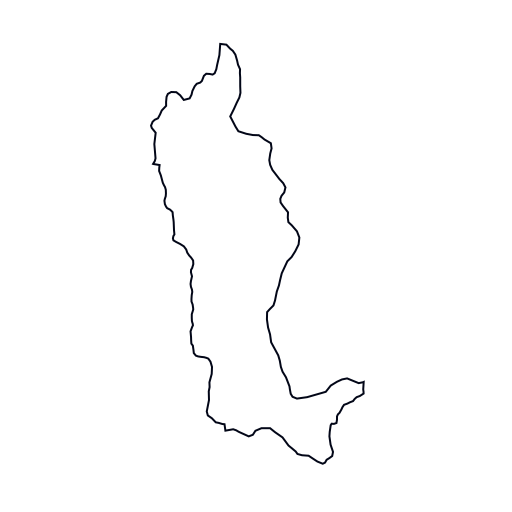 the district of Sipitang, Sabah, Malaysia, rotated 172°
{"feature_id": "92858781B73026696392194", "entity_name": "Sipitang", "entity_type": "district", "adm_level": 2, "iso_a3": "MYS", "parent_name": "Malaysia", "parent_adm1": "Sabah", "projection": "orthographic", "projection_center": [115.715, 4.645], "detail": "fine", "context": "isolated", "style": "outline", "palette": "ink", "viewbox_px": 512, "rotation_deg": 172, "n_neighbors": 0, "source": "geoboundaries", "source_scale": "gbopen_adm2", "svg_char_len": 3141}
<svg xmlns="http://www.w3.org/2000/svg" viewBox="0 0 512 512"><g transform="rotate(172 256 256)"><path d="M255.9,469.4L261.9,471.0L264.3,460.0L267.9,450.6L269.3,446.5L271.5,442.7L273.7,441.7L276.5,442.7L279.9,443.4L282.5,441.7L285.2,436.9L287.1,435.5L290.7,434.8L293.1,432.6L296.0,428.3L297.4,424.7L299.8,421.3L305.8,420.6L308.7,425.7L312.1,429.3L317.1,430.2L320.7,428.8L322.4,426.1L323.6,421.1L324.1,417.2L329.1,413.2L331.3,409.6L333.9,406.0L337.3,405.0L339.7,403.3L341.8,399.7L341.4,397.3L338.2,392.0L341.1,381.0L341.9,366.7L343.0,364.1L345.1,361.5L344.9,361.4L338.8,359.5L339.5,356.9L340.1,353.7L339.0,349.0L338.1,341.5L337.3,338.9L336.5,336.9L336.1,334.1L336.5,330.3L337.1,327.7L338.4,325.1L339.0,323.4L339.0,320.0L338.2,317.4L337.3,315.7L334.8,314.0L333.6,312.6L332.5,311.0L332.7,307.9L332.7,303.6L332.8,301.0L333.6,293.0L333.8,288.7L335.0,287.3L335.8,285.1L335.6,283.0L333.1,281.0L329.5,278.5L326.1,275.6L324.2,272.1L323.6,268.9L322.1,265.8L320.5,263.5L318.9,260.3L319.2,256.7L320.9,252.9L322.2,251.4L322.7,248.9L322.2,244.8L323.9,240.3L324.7,237.4L324.7,234.5L324.1,231.7L324.1,229.3L325.1,226.2L325.9,222.3L326.2,219.9L325.5,216.7L325.5,213.3L325.6,211.8L326.6,209.6L327.7,207.3L328.2,203.8L328.5,200.7L328.4,199.4L328.1,197.7L328.1,196.1L329.1,194.6L331.3,190.5L331.6,184.8L332.0,181.0L332.2,178.2L331.0,176.0L331.0,171.5L331.1,168.5L329.4,165.7L327.3,164.6L324.3,163.7L321.5,163.0L319.2,162.0L317.5,161.0L315.8,157.7L315.0,152.3L315.7,148.4L316.3,145.3L319.7,137.4L320.2,132.6L321.6,128.6L322.6,119.9L326.4,108.9L325.9,104.8L322.3,101.5L319.0,96.9L316.1,95.9L312.7,94.3L310.6,93.8L310.6,90.0L310.6,87.3L302.7,87.6L299.8,86.1L298.2,84.8L297.4,84.2L288.3,78.4L284.0,79.4L280.9,83.0L274.6,84.7L266.0,83.5L261.7,78.9L255.0,72.7L250.2,63.8L243.9,56.9L242.5,54.2L238.2,52.3L231.7,50.9L227.9,47.5L223.8,43.9L218.8,41.0L216.4,41.8L214.4,44.4L211.6,45.6L208.4,47.3L207.0,51.3L208.4,58.8L208.4,62.9L208.4,67.2L207.5,71.5L206.3,75.6L205.6,78.0L204.4,79.4L202.2,78.9L199.6,79.4L198.6,82.5L198.1,85.9L196.9,87.8L195.2,89.0L192.8,92.1L191.4,94.3L189.5,96.4L186.1,97.1L183.2,98.1L180.1,98.8L178.2,100.7L176.0,102.2L172.7,102.9L168.6,104.8L168.4,106.7L168.4,108.9L166.9,116.3L167.6,116.1L172.0,115.8L182.8,122.1L188.0,121.8L193.3,120.2L200.0,117.3L205.8,111.8L225.0,109.1L235.3,109.1L239.4,111.5L240.8,114.7L241.0,119.0L241.0,122.3L243.2,131.7L245.8,137.7L246.8,142.7L247.0,149.0L247.8,154.5L253.0,168.4L253.0,176.5L254.0,183.5L254.0,191.7L252.8,198.9L249.7,201.5L245.6,204.6L243.4,209.2L240.3,218.0L237.4,223.6L235.5,228.8L232.9,235.3L225.7,246.4L220.9,250.0L216.5,255.2L212.2,261.5L210.5,268.2L212.0,274.7L216.3,281.4L219.2,285.0L219.2,289.5L218.2,294.8L222.3,301.8L224.2,305.6L224.0,309.2L222.3,312.1L219.2,315.0L217.3,319.8L218.9,324.3L222.1,328.9L227.8,339.0L229.3,344.3L229.5,349.1L227.6,355.6L225.6,360.4L225.6,365.6L231.4,370.2L233.8,372.8L236.4,375.2L242.2,376.2L248.7,378.4L256.1,382.0L258.3,387.0L262.1,397.8L257.3,404.8L253.7,410.5L250.4,415.3L248.7,419.7L248.0,426.4L246.8,435.0L246.5,439.3L245.8,443.2L247.2,448.0L247.5,452.1L248.4,458.3L250.4,462.4L252.8,465.0L255.9,469.4Z" fill="none" stroke="#020617" stroke-width="2"/></g></svg>